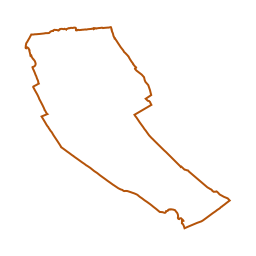 outline of Ruginoasa, Neamt, Romania, rotated 355°
{"feature_id": "2599482B69154403350472", "entity_name": "Ruginoasa", "entity_type": "district", "adm_level": 2, "iso_a3": "ROU", "parent_name": "Romania", "parent_adm1": "Neamt", "projection": "equal_earth", "projection_center": [26.701, 46.98], "detail": "fine", "context": "isolated", "style": "outline", "palette": "amber", "viewbox_px": 256, "rotation_deg": 355, "n_neighbors": 0, "source": "geoboundaries", "source_scale": "gbopen_adm2", "svg_char_len": 5436}
<svg xmlns="http://www.w3.org/2000/svg" viewBox="0 0 256 256"><g transform="rotate(355 128 128)"><path d="M192.9,227.4L194.0,226.9L194.6,226.6L198.1,224.5L205.1,220.2L208.1,218.5L209.6,217.5L212.6,215.9L213.3,215.2L213.6,215.0L214.7,214.4L214.8,214.4L215.5,213.8L216.1,213.5L217.7,212.5L219.5,211.3L223.0,209.1L221.2,206.8L217.5,204.9L216.2,204.0L213.5,202.2L212.1,200.3L210.7,198.9L209.4,199.1L207.8,199.0L206.5,197.9L206.2,197.2L205.4,196.4L204.5,195.9L203.6,195.2L201.9,194.0L184.6,176.4L184.3,175.7L184.0,175.5L182.8,175.2L181.6,174.6L180.9,174.4L180.7,174.4L180.4,174.1L180.0,173.6L177.9,171.3L177.6,171.0L177.1,171.3L177.0,171.0L163.7,155.2L162.1,153.5L153.4,143.3L151.6,141.1L150.6,140.0L148.4,137.2L147.2,135.2L145.4,132.1L144.3,130.5L143.5,129.0L143.0,128.1L142.5,127.3L140.1,123.3L137.3,118.2L136.4,116.9L135.6,115.4L153.3,107.0L152.6,105.3L152.2,104.0L151.4,103.0L150.1,102.6L148.2,100.4L154.0,97.2L153.6,94.9L153.2,92.2L151.9,87.0L149.4,83.6L148.8,81.7L148.4,78.8L146.3,76.0L141.5,71.6L140.3,70.0L140.1,69.5L140.1,69.4L140.4,69.2L141.0,68.9L141.4,68.6L141.4,68.4L140.8,67.8L139.9,66.7L138.6,64.7L138.7,64.4L137.3,62.2L136.0,59.7L135.2,58.0L135.0,57.5L134.8,56.8L134.6,56.6L134.4,56.5L134.1,55.9L133.7,55.4L131.7,52.9L130.8,52.0L130.4,51.2L130.1,50.4L129.7,49.8L127.8,46.9L126.3,44.1L125.1,41.9L124.5,40.7L123.0,38.0L122.9,37.8L122.8,37.5L122.5,37.6L122.4,37.0L122.2,36.8L122.0,36.2L121.8,35.5L121.6,35.2L121.4,34.0L121.3,33.2L121.2,32.6L121.1,32.1L120.9,31.7L120.6,30.8L120.4,30.0L120.5,29.9L120.4,29.6L120.3,29.4L120.2,28.7L120.3,28.6L120.1,28.2L120.2,27.9L120.0,27.0L119.9,26.7L119.8,26.1L119.6,26.0L119.3,26.0L118.9,26.1L118.0,26.2L117.0,26.3L116.4,26.2L114.2,26.2L113.5,26.2L113.1,26.2L112.4,26.2L111.8,26.3L110.9,25.8L109.2,25.9L107.3,25.9L106.0,26.0L105.8,26.0L105.3,26.0L105.2,26.1L104.8,25.9L104.5,26.0L104.1,25.8L103.9,26.0L103.4,26.0L103.2,25.9L103.2,25.6L102.9,25.5L102.7,25.5L102.7,25.9L102.4,26.2L102.6,26.4L102.6,26.5L102.3,26.6L102.0,26.1L101.8,26.0L100.8,25.9L100.4,26.1L100.1,26.1L96.7,26.1L95.3,26.3L94.8,26.3L94.4,26.1L93.9,26.2L93.3,26.1L91.6,26.2L90.8,26.1L90.3,26.2L87.7,26.2L87.1,25.9L86.7,25.9L86.3,25.9L86.0,26.2L85.2,26.3L84.7,26.1L84.7,25.9L84.7,25.5L84.8,24.1L84.6,23.7L84.3,23.5L83.9,23.4L83.0,23.3L82.8,23.4L82.2,23.4L81.9,23.5L81.2,23.5L80.7,23.4L80.4,23.3L79.9,23.2L79.3,23.4L78.3,23.4L77.9,23.6L77.5,23.4L75.9,24.0L74.7,24.1L74.7,24.3L74.4,24.1L73.5,23.9L73.4,23.7L72.6,23.9L72.4,23.9L71.4,23.6L70.2,23.4L69.2,23.5L68.9,23.5L68.7,23.6L68.7,23.9L68.4,24.1L67.8,24.3L67.8,24.5L67.4,24.8L67.1,24.9L65.8,24.2L65.4,24.1L64.7,24.1L63.6,23.8L63.2,23.8L62.3,24.1L61.9,24.8L61.4,24.7L60.4,24.8L59.2,25.2L57.8,26.4L57.4,26.5L56.1,26.5L54.9,26.4L54.1,26.4L53.9,26.3L52.8,26.5L48.6,26.6L47.6,26.6L44.7,26.6L43.3,26.5L42.6,26.6L41.8,26.6L40.5,26.5L40.0,26.6L39.8,26.5L38.3,28.7L37.9,29.4L35.7,32.5L35.3,33.2L34.8,33.7L34.2,34.5L33.9,35.0L33.8,35.7L33.6,36.2L33.3,37.3L33.4,37.9L33.2,38.1L33.2,38.6L33.1,38.8L33.0,39.0L33.1,39.5L33.3,39.6L33.4,39.3L33.5,39.2L34.0,39.3L34.2,39.2L34.6,38.9L34.8,38.9L35.0,39.1L35.4,39.6L35.7,39.8L35.7,40.0L35.9,40.2L35.9,40.5L36.2,40.8L36.4,41.2L36.5,41.5L36.6,41.8L36.4,41.9L36.4,42.1L36.5,42.5L36.5,43.0L36.6,43.4L36.7,43.9L36.8,44.4L36.9,45.3L36.9,45.6L37.1,46.1L37.1,46.3L37.1,46.6L37.1,47.1L37.5,47.0L37.7,46.9L37.9,47.0L38.0,47.4L37.9,47.5L38.0,47.9L37.7,48.2L38.3,48.8L38.7,49.5L39.0,50.3L39.2,50.7L39.3,50.8L39.5,50.9L39.8,51.2L39.9,51.6L40.2,51.9L41.0,53.2L41.4,54.6L41.6,56.0L41.4,56.8L41.0,57.6L40.7,57.9L40.1,58.4L39.7,58.6L38.4,58.9L38.1,59.1L38.3,60.0L38.6,61.1L39.1,62.2L39.3,62.9L40.0,65.0L40.5,66.9L41.1,68.4L41.4,69.7L41.6,70.6L41.8,71.2L42.1,72.0L42.5,73.3L42.6,74.0L42.6,74.5L42.6,74.9L42.9,75.7L43.0,76.0L42.7,76.1L40.1,77.3L37.4,78.4L37.2,78.6L37.1,78.9L38.5,82.2L40.6,86.8L41.5,89.2L41.9,90.4L42.0,90.8L42.2,91.6L42.8,92.9L44.9,98.0L46.1,101.2L46.5,102.9L46.8,103.1L47.7,105.2L48.4,106.6L48.9,107.1L42.9,109.0L46.1,115.5L47.0,117.5L48.1,119.5L48.3,119.7L48.6,120.0L48.9,120.9L50.0,122.9L50.7,124.2L51.7,125.6L53.1,128.6L56.6,135.0L58.1,137.8L59.7,140.9L59.6,141.0L59.8,141.4L60.5,141.9L63.6,144.6L65.6,146.4L66.7,147.3L70.4,150.6L71.2,151.1L71.3,151.4L75.7,155.1L79.5,158.4L80.9,159.5L82.5,160.9L83.3,161.7L83.9,162.0L87.1,164.6L90.5,167.9L93.4,170.2L96.1,172.8L100.4,176.5L103.1,178.9L105.6,181.0L108.5,183.5L109.1,183.9L109.9,184.6L111.3,185.7L113.0,187.1L114.6,188.1L115.7,188.7L117.0,189.2L117.4,189.6L118.0,190.2L118.7,190.5L120.5,190.5L121.6,190.7L122.0,190.8L125.7,192.4L126.5,192.8L128.6,193.7L130.6,194.8L131.4,195.3L131.9,195.7L132.5,196.4L134.1,197.9L135.5,199.0L136.4,199.8L138.0,201.3L139.0,202.1L140.5,203.3L143.5,205.9L145.1,207.4L146.3,208.6L149.0,211.1L150.4,212.5L152.2,214.3L152.6,214.5L153.2,214.5L153.9,214.7L154.6,214.7L154.8,214.8L155.9,215.2L157.1,215.7L157.5,215.7L157.8,215.6L158.2,215.3L158.5,214.9L158.6,214.6L158.7,214.4L158.7,214.2L159.6,214.1L160.2,214.0L160.4,213.9L160.7,213.6L160.8,213.2L161.1,213.0L161.7,213.0L161.9,212.8L162.0,212.7L162.5,212.8L162.9,212.9L163.1,212.9L163.2,212.7L163.8,212.7L164.7,213.0L165.5,213.1L165.8,213.2L167.1,213.7L167.7,214.0L168.6,215.5L168.9,215.9L169.6,216.9L170.0,218.1L170.2,219.1L170.2,220.5L169.9,221.5L169.9,222.1L170.4,223.0L171.1,223.2L171.8,222.5L172.9,222.5L173.6,223.3L174.5,224.2L175.1,225.3L174.5,225.5L173.7,225.1L173.4,227.7L174.3,228.5L175.0,230.2L175.6,232.8L179.4,231.5L188.7,228.5L191.4,227.8L192.9,227.4Z" fill="none" stroke="#b45309" stroke-width="2"/></g></svg>